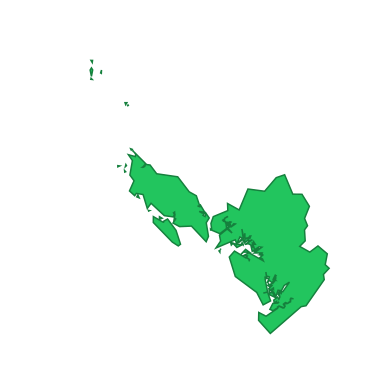 outline of Kota Baru, Kalimantan Selatan, Indonesia, rotated 126°
{"feature_id": "22746128B85816588264471", "entity_name": "Kota Baru", "entity_type": "district", "adm_level": 2, "iso_a3": "IDN", "parent_name": "Indonesia", "parent_adm1": "Kalimantan Selatan", "projection": "orthographic", "projection_center": [116.169, -3.525], "detail": "fine", "context": "isolated", "style": "filled", "palette": "green", "viewbox_px": 384, "rotation_deg": 126, "n_neighbors": 0, "source": "geoboundaries", "source_scale": "gbopen_adm2", "svg_char_len": 5887}
<svg xmlns="http://www.w3.org/2000/svg" viewBox="0 0 384 384"><g transform="rotate(126 192 192)"><path d="M161.6,58.4L171.4,61.4L172.7,72.9L165.0,71.7L156.5,78.7L151.4,78.7L147.2,85.4L134.6,88.6L129.2,101.7L134.5,109.2L123.6,127.2L130.9,132.3L148.7,133.7L156.7,148.5L178.8,143.3L180.4,156.5L186.0,152.1L199.4,160.3L206.3,158.2L211.3,153.5L209.3,145.0L201.2,142.6L196.8,146.6L197.2,146.5L197.3,146.7L196.4,147.6L197.1,149.1L197.0,150.0L196.5,150.4L196.0,150.5L195.2,149.5L194.1,150.2L191.3,149.1L190.7,148.4L193.9,150.0L195.3,149.5L196.5,150.2L196.2,147.5L197.3,145.3L196.0,145.6L196.4,143.7L195.8,143.3L195.0,144.2L194.1,144.1L193.9,143.7L194.1,143.1L193.3,142.9L193.3,142.7L194.1,142.9L194.9,144.2L195.5,142.4L196.2,143.2L196.7,142.3L197.4,142.0L199.1,142.6L197.7,141.1L196.2,142.2L196.7,139.6L193.5,139.7L193.6,139.1L193.2,139.1L192.9,138.6L192.9,138.3L192.7,138.8L192.5,138.7L192.3,138.1L196.6,139.6L199.9,142.4L201.6,135.5L201.3,141.8L210.8,144.4L214.9,140.0L223.2,139.7L205.2,128.9L207.8,125.2L200.2,126.8L199.6,123.2L192.6,129.9L199.2,122.7L194.3,125.0L198.4,121.9L195.6,119.3L193.7,119.4L193.0,118.6L195.4,117.9L198.8,121.6L202.3,119.7L198.2,118.5L199.2,117.7L197.6,118.0L197.6,116.5L195.9,115.8L195.8,115.3L203.3,118.3L200.8,116.2L199.9,110.9L197.9,113.1L197.5,111.5L196.5,112.8L196.3,112.8L196.3,113.0L196.0,113.1L195.9,113.1L197.1,110.0L198.5,112.0L200.8,108.7L201.1,112.4L204.6,108.4L197.0,105.6L195.6,103.0L204.7,105.7L200.5,100.1L203.0,100.9L200.8,98.7L201.3,97.6L205.0,98.5L204.7,95.7L205.8,93.8L207.7,110.2L212.7,112.7L211.1,109.6L212.9,109.2L212.8,106.2L213.0,105.6L213.7,105.6L213.9,105.3L213.7,105.2L213.6,104.8L213.9,105.3L213.7,105.7L212.9,106.2L213.1,109.0L211.7,110.5L213.7,109.8L214.8,122.9L222.7,123.6L234.9,107.3L235.2,80.6L241.5,68.1L233.9,64.4L228.6,72.0L231.9,74.9L228.4,72.1L219.4,81.8L217.5,80.2L217.5,81.8L218.0,82.7L218.2,83.5L217.3,81.5L213.3,85.2L217.0,81.5L215.7,81.2L215.2,79.5L221.4,77.6L218.1,77.6L218.4,73.2L216.9,74.0L215.5,74.3L215.1,75.0L214.4,75.1L210.3,75.8L210.3,74.7L211.9,74.9L211.9,74.0L213.2,73.2L213.9,73.2L214.5,73.5L214.5,72.7L218.0,72.9L223.0,75.9L223.0,73.0L220.7,73.6L220.6,72.3L224.9,73.0L224.7,72.2L225.5,71.1L225.1,70.4L223.8,70.4L223.5,69.6L223.4,70.1L223.2,70.2L222.8,69.8L222.3,70.0L222.2,69.9L222.2,69.6L222.0,69.8L221.8,69.7L222.9,68.8L225.3,70.2L224.9,67.2L227.1,62.7L220.9,64.7L219.3,61.7L213.5,62.5L207.6,60.2L219.3,59.9L221.0,62.7L220.7,62.0L220.6,61.4L221.0,60.4L221.6,60.2L221.2,62.8L224.1,60.4L224.0,62.6L225.2,59.2L227.7,58.7L226.7,61.0L231.4,62.3L233.4,60.3L231.0,59.4L232.2,58.8L231.8,58.0L231.6,57.5L231.2,57.8L231.0,57.7L230.4,57.5L230.5,57.1L231.6,57.5L234.6,61.1L241.2,60.0L240.4,56.6L237.0,55.4L235.9,54.5L234.8,55.3L233.0,54.6L231.7,49.6L229.7,49.8L229.3,51.9L228.6,52.0L226.6,51.5L226.3,51.1L226.0,49.2L223.8,48.7L223.4,48.5L223.0,47.9L221.4,49.2L220.9,49.5L220.4,49.6L219.9,49.6L219.5,49.2L218.8,47.0L219.9,49.5L222.9,47.8L226.1,49.2L228.6,51.9L229.6,49.6L231.5,49.4L232.4,50.2L233.3,54.6L236.0,54.4L249.0,59.1L250.2,67.2L256.7,62.7L260.4,45.5L220.6,36.3L217.0,32.9L185.2,33.5L181.4,37.2L173.1,36.2L172.5,41.5L162.5,46.2L161.6,58.4ZM196.3,246.0L193.7,262.3L194.6,259.7L196.7,258.7L199.2,265.4L201.6,258.7L214.8,252.2L217.0,245.5L227.9,243.2L228.7,236.2L225.8,236.2L222.8,230.1L231.6,218.5L225.2,218.5L227.4,200.5L223.1,192.4L221.9,192.8L220.4,192.6L220.3,193.7L219.9,194.4L219.6,194.5L219.2,194.1L219.2,194.5L218.8,194.5L218.6,194.4L219.3,194.1L219.7,194.5L220.3,192.5L225.4,190.0L223.8,189.8L222.7,189.4L228.3,189.1L227.3,181.7L219.9,172.4L223.9,151.3L218.2,152.6L208.5,162.4L202.9,162.8L201.1,167.9L204.2,167.0L204.4,169.4L200.1,169.0L201.2,169.5L203.1,171.3L203.5,174.8L200.9,169.7L197.5,177.7L198.4,178.0L198.1,177.7L197.9,176.9L198.0,176.8L198.4,176.6L198.6,176.6L199.0,176.9L199.3,176.9L200.1,179.3L198.2,176.8L198.4,178.0L192.5,186.3L193.5,194.4L188.1,212.5L198.0,231.3L194.8,241.8L197.2,246.2L198.5,245.3L200.2,245.7L200.7,246.1L200.4,246.3L200.9,246.3L201.1,246.7L198.5,245.4L197.4,246.3L196.3,246.0ZM241.0,170.6L232.4,182.4L228.2,195.9L232.2,197.7L233.1,197.3L233.4,197.6L234.6,208.8L239.4,205.4L244.1,178.5L243.7,171.4L241.0,170.6ZM207.0,110.1L206.9,114.9L213.9,115.8L210.3,115.0L207.0,110.1ZM228.4,62.8L226.1,67.6L226.4,68.7L227.2,68.8L227.6,69.8L225.1,72.9L229.5,68.7L228.4,62.8ZM210.5,123.1L205.1,120.3L209.5,128.2L210.5,123.1ZM157.6,341.3L151.6,344.1L150.7,346.3L153.2,346.1L157.6,341.3ZM203.8,123.9L201.8,124.2L206.0,124.8L203.8,123.9ZM228.4,233.8L227.8,231.3L226.2,234.1L228.4,233.8ZM211.8,129.0L209.2,128.7L210.1,131.1L211.8,129.0ZM231.1,203.8L233.2,202.3L230.8,200.7L231.1,203.8ZM146.5,336.9L149.4,335.9L149.3,335.1L146.5,336.9ZM198.5,142.7L196.3,143.1L197.7,144.6L198.5,142.7ZM160.3,297.0L158.0,297.2L159.1,298.7L160.3,297.0ZM144.0,349.8L144.9,351.1L145.9,348.8L144.0,349.8ZM214.9,73.5L214.5,72.8L214.5,73.6L213.2,73.2L213.0,74.1L214.9,73.5ZM203.5,121.7L204.8,121.4L204.8,119.9L203.5,121.7ZM201.9,123.1L199.6,123.1L201.4,124.4L201.9,123.1ZM210.7,260.8L209.2,260.5L208.7,261.6L210.7,260.8ZM215.2,266.8L213.4,265.8L214.3,267.5L215.2,266.8ZM214.6,257.6L214.3,259.1L215.4,258.1L214.6,257.6ZM224.3,134.1L222.9,135.0L223.8,135.5L224.3,134.1ZM193.8,265.8L192.7,265.6L193.1,267.0L193.8,265.8ZM222.3,62.8L223.8,62.8L222.4,62.2L222.3,62.8ZM160.3,340.1L159.6,338.9L159.3,340.5L160.3,340.1ZM202.7,99.3L201.5,99.1L203.1,100.3L202.7,99.3ZM160.6,294.8L159.3,294.5L159.2,294.9L160.6,294.8ZM202.5,106.0L200.8,106.0L202.8,106.3L202.5,106.0ZM221.3,135.8L221.8,135.0L221.4,135.3L221.3,135.8ZM211.8,154.6L211.3,154.2L211.2,155.1L211.8,154.6ZM232.9,215.9L232.0,215.4L232.5,216.4L232.9,215.9ZM193.8,263.5L193.7,262.5L193.3,264.0L193.8,263.5ZM199.8,105.0L198.6,104.4L198.4,104.4L198.6,104.9L199.8,105.0ZM221.6,76.8L221.1,76.4L220.6,76.2L221.6,76.8ZM200.5,121.5L200.9,121.7L201.2,121.4L200.5,121.5ZM200.7,105.5L199.6,105.3L200.6,105.7L200.7,105.5Z" fill="#22c55e" stroke="#15803d" stroke-width="1.5"/></g></svg>